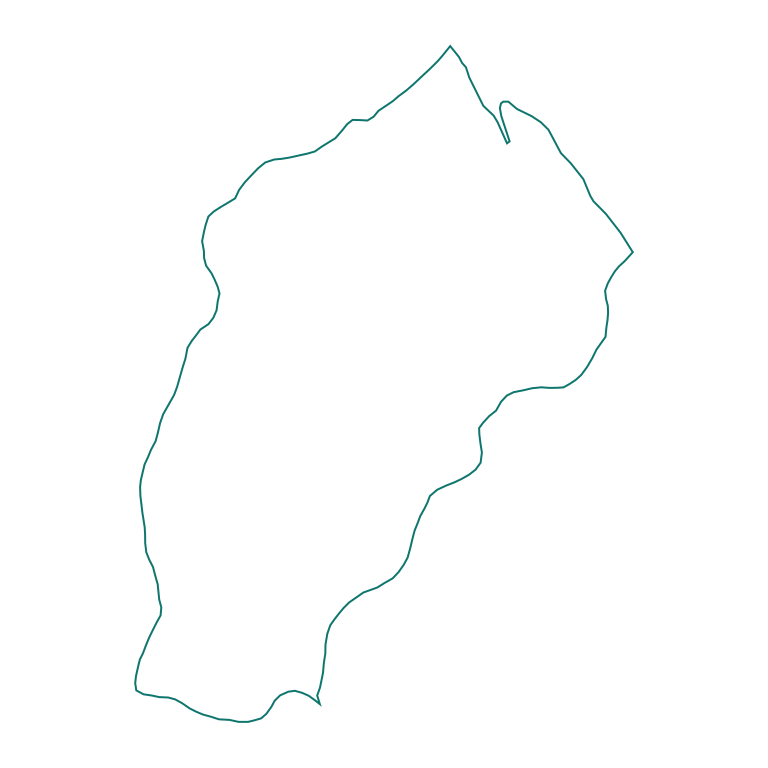 outline of II-1 Moruka/Pomeroon, Pomeroon-Supenaam, Guyana
{"feature_id": "73187651B89852633315", "entity_name": "II-1 Moruka/Pomeroon", "entity_type": "district", "adm_level": 2, "iso_a3": "GUY", "parent_name": "Guyana", "parent_adm1": "Pomeroon-Supenaam", "projection": "mercator", "projection_center": [-58.911, 7.285], "detail": "fine", "context": "isolated", "style": "outline", "palette": "teal", "viewbox_px": 768, "rotation_deg": 0, "n_neighbors": 0, "source": "geoboundaries", "source_scale": "gbopen_adm2", "svg_char_len": 2730}
<svg xmlns="http://www.w3.org/2000/svg" viewBox="0 0 768 768"><path d="M632.8,252.2L620.6,232.8L608.0,216.6L606.0,214.0L593.5,201.3L590.3,195.9L583.4,179.2L570.8,163.3L560.9,153.1L550.7,133.9L548.5,129.8L540.8,122.2L531.7,116.2L517.0,109.0L508.4,101.7L503.2,101.7L501.0,103.4L499.9,108.0L501.3,116.1L509.6,141.4L507.0,143.3L497.6,122.2L493.7,115.7L483.3,105.8L469.3,77.6L465.9,67.2L462.2,63.1L458.9,56.9L450.2,46.1L447.3,49.7L441.8,56.5L437.2,61.7L430.2,68.6L421.7,76.5L414.2,83.6L406.5,90.3L398.4,96.3L392.9,101.1L378.5,110.8L373.7,116.6L367.5,120.5L360.5,120.1L352.6,119.9L347.1,124.2L342.5,130.0L335.4,138.2L321.8,146.6L314.8,151.5L307.8,153.5L289.8,157.5L281.9,158.8L274.2,159.5L265.2,162.5L258.1,168.3L250.4,176.3L244.8,182.3L239.1,189.9L235.1,198.4L220.6,207.1L213.9,211.4L208.4,216.5L205.7,224.7L204.0,231.7L202.1,241.2L203.9,251.0L204.1,258.0L206.1,265.7L211.6,273.4L214.8,280.0L217.7,286.8L219.5,293.5L217.7,301.4L216.6,310.2L213.4,317.7L208.5,324.1L200.4,329.5L196.1,335.3L191.9,340.7L187.5,347.8L185.4,358.7L182.5,367.9L180.2,376.0L177.1,386.9L174.1,394.9L170.4,401.5L166.8,407.8L163.2,414.2L160.1,423.0L157.9,432.6L155.6,441.2L151.0,449.8L148.1,456.9L144.6,464.4L142.9,471.4L140.8,480.4L140.1,487.1L140.4,496.1L141.5,505.0L142.4,512.7L144.7,527.3L145.1,534.3L145.2,543.1L146.3,552.3L149.2,559.6L153.0,567.0L155.0,574.7L157.7,584.4L159.2,599.5L161.3,607.4L160.6,615.4L156.9,622.0L153.2,629.3L149.1,637.7L146.0,645.2L143.0,653.2L139.9,659.4L138.1,666.7L136.0,676.1L135.2,683.2L136.3,690.4L143.5,694.3L151.7,695.5L159.2,697.1L168.2,697.5L175.2,699.4L182.1,703.2L189.8,708.5L196.2,711.7L202.8,714.5L211.2,716.8L218.9,719.3L229.5,719.9L238.7,721.9L248.0,721.9L254.5,720.3L261.1,718.4L266.4,713.8L271.4,706.8L274.7,700.7L280.2,695.3L288.3,691.7L294.9,690.8L302.0,692.8L308.8,695.8L315.0,700.3L319.8,704.1L317.2,695.5L320.0,687.6L321.5,680.3L323.0,672.8L323.9,662.7L325.3,653.8L325.5,644.5L327.3,633.8L330.3,625.2L334.7,619.0L339.1,613.4L343.4,608.2L349.2,602.4L363.4,592.5L370.7,589.9L377.3,587.5L384.5,583.0L392.6,578.4L398.5,572.2L403.8,564.7L407.7,557.4L410.3,547.9L412.3,539.4L414.6,530.6L417.5,523.5L420.3,516.0L424.5,508.5L427.5,502.4L429.9,496.0L437.1,489.8L446.1,485.6L454.3,482.4L461.3,479.1L469.2,474.6L475.6,469.6L480.6,462.7L481.9,452.5L480.5,443.7L479.4,434.9L479.1,428.1L483.1,422.7L489.2,416.1L496.0,410.7L501.1,401.7L506.8,395.6L513.6,392.2L522.8,390.4L532.3,388.2L541.3,387.3L549.2,387.9L556.7,387.8L563.5,387.4L569.7,383.9L575.6,380.0L581.1,375.1L586.9,367.3L592.2,358.3L596.4,349.7L601.2,342.9L605.5,336.9L606.4,327.4L607.5,320.2L608.1,312.9L607.8,305.8L606.1,299.2L605.1,290.7L607.7,283.6L611.2,277.2L614.8,271.4L619.1,266.2L624.6,261.2L632.8,252.2Z" fill="none" stroke="#0f766e" stroke-width="2"/></svg>